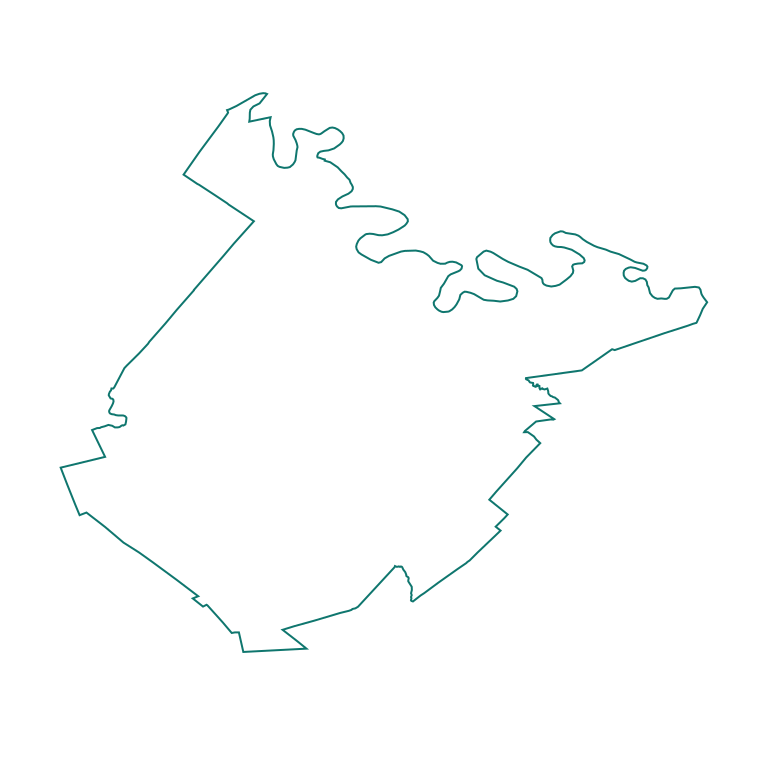 the district of Draganesti, Prahova, Romania, rotated 185°
{"feature_id": "2599482B82413399684251", "entity_name": "Draganesti", "entity_type": "district", "adm_level": 2, "iso_a3": "ROU", "parent_name": "Romania", "parent_adm1": "Prahova", "projection": "equal_earth", "projection_center": [26.299, 44.838], "detail": "fine", "context": "isolated", "style": "outline", "palette": "teal", "viewbox_px": 768, "rotation_deg": 185, "n_neighbors": 0, "source": "geoboundaries", "source_scale": "gbopen_adm2", "svg_char_len": 6152}
<svg xmlns="http://www.w3.org/2000/svg" viewBox="0 0 768 768"><g transform="rotate(185 384 384)"><path d="M564.2,643.2L563.0,640.9L563.2,640.2L571.4,626.2L587.9,599.4L601.9,575.1L587.3,567.0L585.7,566.4L568.9,557.4L555.9,550.3L554.4,549.2L527.8,534.8L545.8,510.8L554.9,497.9L581.6,461.1L581.5,460.8L596.9,439.8L607.0,425.3L621.5,405.6L622.6,403.5L630.6,393.2L641.8,380.0L644.0,377.2L652.3,357.4L653.2,356.0L653.6,355.8L655.1,355.8L655.4,353.8L656.4,352.5L657.2,349.9L657.2,348.7L655.1,345.8L653.2,345.6L652.3,344.8L651.9,343.1L652.3,341.0L653.3,338.3L655.4,333.7L655.4,332.5L655.0,331.5L654.2,330.7L652.6,330.2L650.1,330.1L648.4,329.6L646.2,329.5L640.9,329.9L639.2,329.4L638.0,328.4L637.7,328.0L637.6,327.1L637.7,324.0L638.1,321.2L640.0,319.9L640.8,320.1L641.8,319.7L643.5,318.2L644.2,317.9L645.8,317.5L648.3,317.3L651.1,318.7L655.0,319.2L658.6,317.5L662.0,316.3L663.3,315.4L665.9,315.1L670.8,312.7L655.5,287.1L698.8,272.5L690.9,256.4L681.0,236.8L675.8,226.8L669.2,230.0L649.3,217.2L629.7,203.3L613.3,194.8L598.4,186.0L573.6,170.9L550.6,156.4L555.8,153.7L544.9,146.5L541.5,148.6L540.5,148.0L524.0,132.6L514.0,122.7L510.7,123.6L506.9,123.9L500.8,104.8L438.2,113.6L447.5,119.9L463.6,130.3L452.3,134.9L433.0,142.1L408.0,152.0L399.2,155.0L396.6,156.2L395.9,157.1L393.0,158.0L390.5,159.8L357.7,202.2L357.4,202.7L357.2,203.6L355.5,203.0L354.2,203.2L353.3,203.6L352.1,203.2L351.3,203.7L350.4,203.5L349.9,203.1L348.6,200.8L346.4,198.4L345.2,195.9L345.1,195.0L344.8,194.5L343.0,193.6L342.7,193.1L342.5,192.7L342.7,190.2L342.6,189.5L338.7,184.4L338.3,181.2L338.8,177.9L338.0,176.1L338.5,174.1L338.0,173.0L338.3,171.0L337.8,170.3L336.2,169.9L329.0,176.6L325.8,179.1L312.7,190.7L294.8,205.9L286.4,212.8L285.5,213.9L283.3,215.7L276.1,224.3L255.1,248.1L260.3,251.6L252.4,260.9L249.4,264.8L269.0,277.9L262.7,286.7L243.9,311.7L236.0,323.1L223.2,338.7L227.3,341.8L230.0,344.8L236.5,348.6L240.2,348.2L239.6,349.4L229.2,359.9L214.9,363.2L212.1,363.3L211.3,363.8L232.2,375.1L207.1,380.1L208.3,381.2L209.0,382.9L209.7,383.5L212.6,385.4L214.4,385.7L215.7,386.4L217.0,386.6L219.0,388.3L219.5,389.1L219.8,391.2L220.9,393.7L223.5,392.6L225.4,392.9L225.7,393.4L225.9,393.5L226.4,393.1L227.0,393.1L227.6,392.3L228.0,392.2L228.2,392.5L228.1,393.0L228.8,393.5L229.0,395.6L229.7,395.8L230.8,395.4L230.9,395.6L230.8,396.6L230.9,396.9L231.5,396.9L231.9,396.5L232.1,394.8L232.6,394.5L233.0,394.4L233.3,394.9L235.0,395.0L235.5,395.6L235.3,397.0L235.6,398.0L238.6,398.3L239.0,398.6L240.3,400.2L242.8,401.1L243.4,402.0L243.8,402.1L188.1,414.8L159.8,438.5L157.1,437.9L109.0,459.1L86.1,468.7L81.4,470.9L78.2,472.1L77.9,472.5L75.1,480.1L73.0,486.7L69.2,493.6L73.2,498.0L74.8,500.1L75.7,501.6L77.0,505.6L78.7,507.6L82.7,507.9L96.6,505.2L102.6,504.4L104.4,502.5L107.7,495.0L109.8,493.5L111.7,493.3L115.2,493.4L119.0,492.7L121.7,493.4L124.2,494.8L126.9,497.7L128.8,503.3L130.3,505.4L131.1,508.7L132.7,510.9L135.3,511.9L138.0,511.7L142.7,508.6L146.1,507.6L149.1,508.1L151.3,509.4L153.1,510.7L154.6,513.0L155.0,515.6L154.7,517.8L153.2,519.7L150.5,521.2L148.4,521.8L144.0,521.5L136.1,519.4L134.1,519.8L132.9,520.6L131.9,522.3L131.8,523.9L132.8,525.0L136.0,526.4L142.7,527.1L145.0,527.6L149.4,529.5L161.3,533.9L169.8,535.6L174.7,537.2L183.2,538.9L186.8,540.0L194.3,543.2L198.6,545.6L201.3,547.6L203.2,548.7L206.5,549.7L216.0,550.3L219.1,551.5L221.4,551.5L226.8,549.0L229.0,547.1L231.0,544.0L231.0,541.7L230.6,539.9L229.5,538.3L227.6,536.7L225.6,536.0L222.8,535.7L219.4,535.9L216.4,535.7L208.7,534.1L200.5,530.1L196.0,526.8L194.9,524.7L195.2,523.0L197.0,521.5L201.2,520.9L204.5,520.0L206.0,519.3L206.8,517.6L205.3,513.5L205.5,511.1L207.7,507.6L211.2,504.1L217.7,498.3L221.6,496.7L225.9,495.7L230.7,496.2L233.2,497.2L234.3,498.2L234.9,499.4L235.3,501.6L236.4,503.3L250.9,510.3L259.3,512.7L270.9,516.5L276.7,519.0L286.5,524.0L289.4,525.1L293.7,525.8L296.3,524.6L302.4,518.4L302.9,516.6L300.1,507.1L293.2,501.1L280.5,496.7L274.2,495.5L262.8,492.3L260.2,490.3L259.2,488.0L260.0,483.0L262.6,480.1L267.8,478.0L275.4,476.3L281.9,476.5L288.2,476.3L292.0,476.6L302.1,481.4L305.8,482.4L309.9,483.0L311.7,483.0L313.5,481.8L315.7,479.4L316.4,474.9L318.7,469.6L320.4,466.8L322.6,464.2L325.2,462.2L326.3,461.7L331.2,460.8L333.0,461.0L335.5,461.9L337.3,463.0L339.6,464.9L341.1,467.1L341.6,469.4L341.1,470.9L338.3,474.4L336.9,476.8L336.2,481.2L335.8,484.7L333.0,489.2L329.4,497.0L327.2,499.0L319.8,502.8L318.3,503.8L316.8,505.7L316.5,508.2L317.2,509.1L322.7,511.4L326.4,511.8L329.2,511.4L331.6,510.4L333.5,509.2L338.1,508.7L341.2,509.3L345.8,511.1L350.4,515.5L352.9,517.1L356.3,518.7L359.6,519.3L364.0,519.7L374.9,518.4L378.6,517.4L390.1,512.1L394.3,509.2L397.4,505.2L400.0,504.3L407.9,506.6L417.8,511.1L420.8,512.9L423.0,516.0L423.7,518.4L423.3,521.1L422.0,524.6L420.3,527.0L415.7,531.2L414.7,531.8L411.3,532.5L407.8,532.5L402.5,531.8L398.7,532.0L393.3,533.4L388.1,536.0L383.0,539.1L377.2,543.6L375.6,545.7L374.4,548.1L374.8,550.3L378.2,554.0L383.9,557.1L390.9,558.7L402.9,560.5L407.5,560.4L432.4,558.0L441.9,555.3L444.4,555.4L446.3,556.8L447.3,558.3L447.6,559.3L447.7,561.2L446.0,563.9L441.8,567.2L436.0,570.5L433.1,573.2L432.1,575.5L432.2,577.5L433.4,579.6L434.9,581.6L436.2,584.5L438.7,586.5L441.5,589.4L445.1,592.3L449.0,595.8L456.8,600.2L462.6,601.3L462.5,602.5L464.9,602.9L468.1,603.8L469.9,603.9L470.3,604.6L470.3,605.8L469.6,608.2L467.7,609.9L464.2,611.0L459.7,611.9L454.2,614.3L448.9,618.8L447.2,620.8L446.1,622.6L445.6,625.3L446.0,628.0L447.5,630.2L449.8,632.1L452.3,633.6L455.2,634.7L457.8,635.0L460.4,634.4L465.3,630.7L468.4,628.0L469.8,627.2L470.8,627.0L473.0,627.2L476.0,628.0L484.5,630.5L488.3,631.0L490.8,630.8L493.3,630.1L495.0,628.7L495.8,627.1L496.3,625.1L496.0,623.4L493.4,619.3L491.9,616.1L491.1,613.8L490.8,612.4L491.3,609.1L491.7,599.2L492.4,597.3L493.8,594.8L496.7,591.9L499.0,591.1L502.3,590.6L507.0,591.2L508.9,592.0L510.4,593.6L513.4,598.3L514.5,601.1L514.8,603.1L514.5,607.3L514.7,613.5L515.1,617.2L515.7,620.1L517.5,625.7L520.1,631.8L520.7,636.0L520.2,639.9L541.1,633.6L540.9,636.5L541.3,642.6L541.0,645.6L538.3,649.1L532.4,652.7L525.8,662.7L527.4,663.2L529.7,663.2L533.3,662.3L537.5,660.4L555.2,648.1L562.4,643.9L564.2,643.2Z" fill="none" stroke="#0f766e" stroke-width="2"/></g></svg>